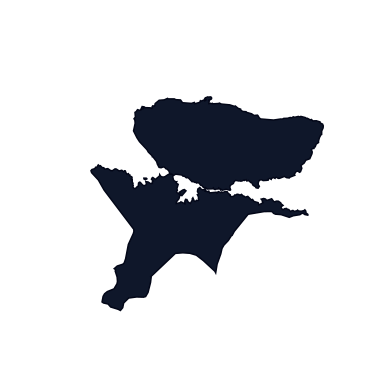 Samosir, Sumatera Utara, Indonesia, rotated 316°
{"feature_id": "22746128B81816662901100", "entity_name": "Samosir", "entity_type": "district", "adm_level": 2, "iso_a3": "IDN", "parent_name": "Indonesia", "parent_adm1": "Sumatera Utara", "projection": "albers", "projection_center": [98.751, 2.555], "detail": "fine", "context": "isolated", "style": "filled", "palette": "ink", "viewbox_px": 384, "rotation_deg": 316, "n_neighbors": 0, "source": "geoboundaries", "source_scale": "gbopen_adm2", "svg_char_len": 6133}
<svg xmlns="http://www.w3.org/2000/svg" viewBox="0 0 384 384"><g transform="rotate(316 192 192)"><path d="M187.7,145.5L186.4,148.0L187.0,148.7L186.1,149.0L185.4,151.4L186.6,153.1L188.8,154.0L189.6,155.5L189.3,156.8L190.0,158.4L190.0,160.7L188.8,163.6L189.9,165.1L190.7,167.4L192.6,167.8L196.5,172.7L196.5,174.3L197.6,175.5L197.7,177.5L198.2,178.3L198.9,178.3L199.2,179.3L199.2,184.7L200.0,185.1L200.9,187.4L201.7,187.8L201.6,188.8L202.6,189.3L203.3,190.6L202.9,193.0L203.6,194.0L203.4,196.3L203.9,197.8L204.6,197.9L205.1,200.5L209.4,204.3L210.3,203.9L210.5,203.1L210.3,203.9L209.5,204.3L210.3,206.3L212.2,207.1L212.7,208.0L214.1,207.6L214.0,210.3L214.6,209.8L215.1,211.8L218.4,213.7L220.6,217.2L221.3,217.2L222.5,214.8L224.2,213.8L227.7,214.6L229.5,213.8L231.4,213.9L233.5,216.8L234.3,217.1L234.5,216.5L234.4,217.8L235.4,218.7L237.2,219.3L238.1,220.2L238.8,219.6L238.1,220.2L239.5,220.7L239.1,222.2L240.6,222.9L240.9,226.2L241.5,226.5L240.6,229.6L241.3,232.1L241.0,233.5L242.2,235.2L244.4,234.7L244.7,232.9L246.0,231.4L248.3,230.4L249.1,230.6L250.4,231.3L251.1,233.2L253.9,235.6L255.1,236.4L255.9,235.7L257.0,235.9L257.8,237.9L258.2,237.5L260.5,237.9L261.2,239.9L262.0,239.6L263.0,240.1L263.5,242.1L264.5,243.0L269.3,245.0L270.0,247.4L271.7,249.5L272.8,249.4L277.6,251.4L277.9,250.3L281.1,249.6L282.7,250.5L283.0,252.5L284.1,252.8L287.5,251.2L288.8,248.6L292.7,249.1L296.0,248.2L299.8,249.9L304.9,247.8L306.3,246.7L307.3,244.4L308.8,244.5L310.0,245.4L310.6,244.6L312.0,245.1L314.6,243.8L317.4,244.3L318.4,243.2L321.5,241.4L324.4,240.4L325.2,240.7L327.7,238.2L330.8,237.0L332.4,235.6L333.1,233.9L332.2,231.4L332.8,230.5L330.9,227.1L328.3,224.8L328.3,222.8L327.2,222.3L326.2,219.1L325.6,218.7L325.2,217.1L322.8,213.2L321.8,213.0L321.0,211.5L317.8,209.6L317.1,208.3L314.9,207.7L314.4,206.6L311.9,205.3L309.2,202.8L307.3,202.2L306.8,201.3L300.7,196.9L292.1,187.1L291.9,185.3L291.8,185.9L291.9,185.3L292.5,182.9L292.5,182.2L289.8,180.0L289.2,177.1L286.5,172.5L286.7,171.8L284.3,169.1L284.1,166.4L284.5,166.1L283.3,163.8L282.9,160.2L282.0,159.8L279.7,155.5L274.2,149.1L273.5,147.1L272.5,146.7L268.2,143.0L268.3,142.4L267.3,141.9L266.9,141.0L265.5,140.2L265.9,139.5L267.1,139.0L267.3,138.1L268.2,138.2L268.2,137.7L270.5,138.6L271.4,138.1L271.7,137.2L271.2,136.2L269.6,135.2L269.5,134.6L267.0,133.5L265.7,133.8L266.3,135.3L265.4,135.7L264.4,135.2L264.5,134.2L261.5,132.8L261.4,132.2L259.9,132.9L255.4,130.5L255.9,129.2L253.2,127.9L247.2,121.2L247.7,117.8L244.5,114.3L244.0,112.8L239.5,108.4L239.5,107.7L236.0,106.4L232.1,103.2L227.0,102.8L224.9,104.2L223.5,102.7L222.3,103.1L222.1,103.9L221.1,103.9L220.5,102.5L216.1,97.9L215.2,98.2L211.3,97.1L210.0,94.9L207.7,95.4L206.3,95.1L203.3,98.8L201.2,99.0L200.7,100.8L198.8,103.1L192.4,107.4L190.1,114.7L189.2,119.3L189.0,130.3L188.3,133.0L188.5,138.3L187.9,139.0L188.3,139.9L187.7,145.5ZM82.8,193.1L83.1,194.8L81.8,195.6L79.1,201.1L76.3,204.5L74.3,205.9L68.6,207.5L61.9,204.8L58.4,204.5L55.6,205.3L50.9,208.6L51.2,210.3L53.8,214.3L53.6,218.2L57.4,225.1L58.2,227.5L61.8,227.1L65.7,224.4L72.8,224.3L79.2,229.0L84.1,234.0L86.0,235.0L90.6,233.7L99.3,228.3L103.6,224.8L103.5,224.3L137.4,224.6L143.2,229.4L147.9,234.6L151.2,240.4L152.5,249.2L153.4,264.9L152.9,266.6L160.0,261.3L169.7,256.5L174.3,253.5L178.0,252.4L184.4,252.1L189.9,250.8L190.7,251.1L195.1,249.7L216.9,247.0L230.3,256.2L235.7,261.3L236.1,263.1L235.8,263.8L236.6,265.9L240.4,270.2L244.4,277.8L248.3,279.4L253.9,283.3L256.2,283.7L257.1,284.5L257.5,286.6L259.2,289.1L259.8,288.6L259.5,286.1L260.6,284.8L260.8,283.2L259.5,283.1L257.2,281.7L255.4,279.6L255.4,278.4L254.5,278.4L252.1,277.0L251.8,275.4L251.1,274.9L249.4,274.7L249.4,271.7L248.6,270.9L248.6,269.5L247.0,268.3L245.2,268.0L244.9,266.5L245.3,265.1L246.0,264.5L248.2,264.9L247.9,262.4L248.3,261.4L247.7,258.5L246.1,257.0L244.8,256.8L244.2,255.5L244.6,252.2L240.8,250.5L239.8,249.5L240.0,248.2L239.1,246.5L236.8,245.2L236.6,247.5L235.9,247.8L235.6,249.1L231.1,247.7L232.2,245.6L230.0,241.9L230.4,239.4L229.2,238.9L229.1,233.9L226.7,232.7L226.5,231.0L226.0,230.9L226.0,228.1L224.2,227.5L224.0,226.4L222.9,224.9L220.9,224.4L220.8,223.9L218.7,224.0L216.9,222.4L216.6,221.9L217.5,220.7L216.8,220.4L217.4,219.1L217.1,218.1L217.5,216.3L216.1,214.7L213.6,213.7L213.5,212.7L212.3,212.5L211.3,210.1L209.9,209.8L208.6,210.5L209.5,209.4L209.2,208.9L204.0,204.8L204.7,203.0L203.3,202.6L203.2,201.9L202.2,201.1L202.0,200.4L203.1,200.3L203.5,199.3L201.1,197.8L200.6,196.3L200.8,194.2L198.3,193.9L196.8,195.0L196.1,195.6L195.9,197.6L195.0,197.9L194.0,197.6L193.2,200.1L192.1,201.1L191.6,202.3L190.5,202.5L189.6,201.2L187.6,201.0L187.3,200.2L188.6,196.8L187.5,197.0L186.6,198.0L182.8,199.1L182.3,196.5L183.1,193.9L182.3,192.8L180.5,193.6L179.7,194.4L179.5,194.9L179.1,195.4L179.0,195.6L178.8,195.7L177.2,191.4L176.1,191.5L172.7,189.4L173.9,188.3L177.9,187.8L181.3,185.8L182.2,187.6L188.5,187.0L188.2,184.9L186.9,184.2L182.7,183.4L182.8,184.6L181.3,184.8L180.7,181.7L181.5,180.8L182.6,180.7L183.5,179.1L187.4,176.9L186.9,175.1L187.1,174.4L188.1,174.0L187.5,173.6L186.9,171.5L187.2,170.2L188.7,167.7L190.4,166.9L189.4,164.8L187.6,163.0L183.2,162.2L181.4,161.1L180.4,159.0L180.8,157.1L179.8,157.9L174.4,157.5L173.9,154.3L173.4,154.1L171.7,154.6L171.6,157.2L170.2,157.2L169.4,158.4L168.0,157.1L167.4,154.3L166.0,152.5L164.5,155.0L162.1,154.4L161.3,152.8L161.5,149.1L161.0,148.4L159.8,148.4L157.2,150.6L156.5,150.1L153.5,150.2L152.8,149.2L153.1,147.1L154.3,146.5L154.9,144.9L155.6,144.8L156.0,143.3L157.7,141.5L156.9,141.1L157.5,140.3L158.8,140.1L159.2,139.4L158.5,137.1L159.1,136.6L158.6,135.9L159.0,134.6L157.6,134.1L157.8,132.4L158.7,130.5L158.3,129.9L156.8,129.7L156.6,127.6L154.2,126.2L153.5,122.9L152.7,121.9L149.5,121.4L148.4,120.1L147.7,116.7L145.1,114.9L145.4,113.3L144.3,111.8L144.4,109.5L143.6,109.2L143.4,107.4L140.6,108.1L139.8,107.2L138.4,107.7L135.6,106.3L134.1,106.5L133.2,108.4L133.0,118.3L130.1,129.6L124.2,178.4L122.7,180.1L120.8,181.2L109.8,185.5L97.9,193.9L94.0,195.9L92.1,195.9L86.8,193.3L82.8,193.1ZM168.8,150.4L167.0,148.6L166.5,149.2L167.0,150.8L168.7,151.2L168.8,150.4ZM215.5,95.9L214.2,96.4L216.2,96.8L215.5,95.9Z" fill="#0f172a" stroke="#020617" stroke-width="1.5"/></g></svg>